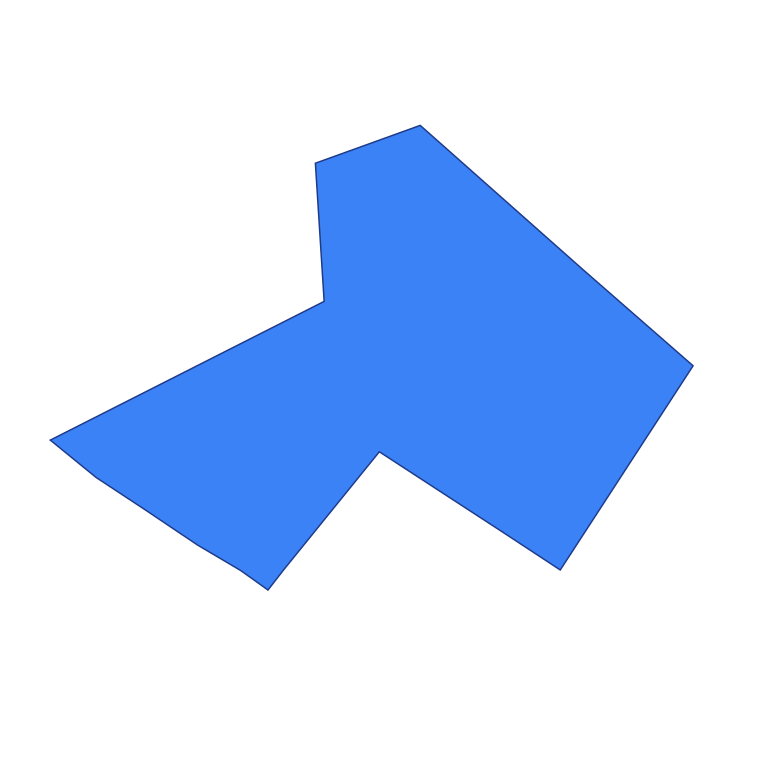 the district of Basseknou, Hodh ech Chargui, Mauritania, rotated 303°
{"feature_id": "47542326B79518958456259", "entity_name": "Basseknou", "entity_type": "district", "adm_level": 2, "iso_a3": "MRT", "parent_name": "Mauritania", "parent_adm1": "Hodh ech Chargui", "projection": "equal_earth", "projection_center": [-6.334, 16.078], "detail": "fine", "context": "isolated", "style": "filled", "palette": "blue", "viewbox_px": 768, "rotation_deg": 303, "n_neighbors": 0, "source": "geoboundaries", "source_scale": "gbopen_adm2", "svg_char_len": 399}
<svg xmlns="http://www.w3.org/2000/svg" viewBox="0 0 768 768"><g transform="rotate(303 384 384)"><path d="M324.0,633.1L567.6,633.3L588.2,489.1L620.6,273.5L531.8,206.2L420.7,288.8L297.7,217.4L155.2,134.7L148.8,193.5L148.4,252.4L147.7,295.1L147.4,315.8L149.5,365.3L148.6,386.3L148.0,398.9L174.0,401.1L324.6,417.0L324.4,563.8L324.0,633.1Z" fill="#3b82f6" stroke="#1e3a8a" stroke-width="1.5"/></g></svg>